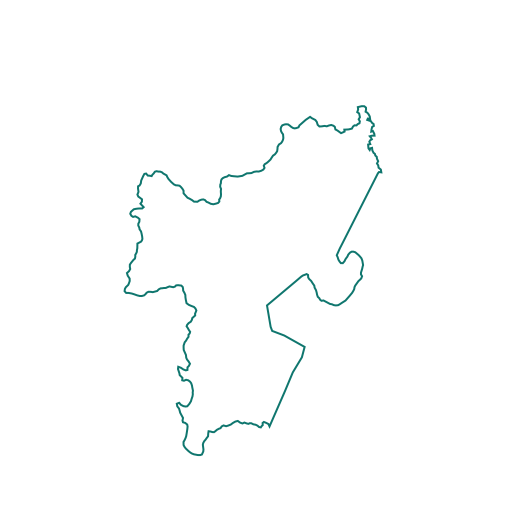 Umburanas, Bahia, Brazil (Natural Earth projection), rotated 318°
{"feature_id": "56859067B72375205404431", "entity_name": "Umburanas", "entity_type": "district", "adm_level": 2, "iso_a3": "BRA", "parent_name": "Brazil", "parent_adm1": "Bahia", "projection": "natural_earth1", "projection_center": [-41.256, -10.567], "detail": "fine", "context": "isolated", "style": "outline", "palette": "teal", "viewbox_px": 512, "rotation_deg": 318, "n_neighbors": 0, "source": "geoboundaries", "source_scale": "gbopen_adm2", "svg_char_len": 6129}
<svg xmlns="http://www.w3.org/2000/svg" viewBox="0 0 512 512"><g transform="rotate(318 256 256)"><path d="M233.3,126.3L231.9,126.8L230.8,125.3L229.4,123.8L229.5,121.2L228.0,120.3L225.7,121.1L223.9,121.9L221.2,123.1L218.9,125.0L216.6,125.7L215.0,125.3L213.4,127.0L211.6,129.7L209.0,131.0L208.3,133.0L208.7,134.9L209.2,137.6L207.5,139.3L205.1,139.8L205.2,144.5L203.2,144.5L201.3,142.8L199.8,141.6L198.0,140.4L196.4,139.5L192.6,139.5L190.8,140.5L190.3,142.8L190.8,144.7L192.8,145.7L193.9,148.6L194.1,150.7L192.2,152.5L190.1,153.3L188.9,154.6L188.3,156.7L187.3,158.4L187.0,160.8L185.9,162.9L184.4,165.4L183.0,167.3L181.6,168.1L180.1,168.4L176.2,167.4L173.0,170.8L171.4,172.0L170.2,173.2L168.6,173.9L167.0,174.4L165.8,175.8L164.3,176.9L162.3,176.9L158.5,177.5L156.5,178.0L154.9,179.7L153.8,181.5L151.5,182.3L148.7,182.3L147.5,184.8L147.0,188.2L145.4,190.1L143.2,191.3L141.7,192.0L138.4,192.1L136.6,192.7L134.8,194.2L134.8,196.6L136.7,198.3L138.6,200.8L140.0,203.2L141.4,205.8L142.9,208.0L144.3,209.3L146.5,210.4L148.6,210.4L150.1,210.1L152.1,210.6L153.9,212.3L155.1,213.8L159.2,215.9L161.3,215.7L163.4,216.2L164.7,217.2L166.2,218.2L167.6,219.4L169.2,219.9L171.3,220.7L173.6,223.8L175.2,224.5L177.0,224.4L178.6,225.6L180.7,228.0L180.8,230.0L180.0,231.4L178.7,233.0L178.2,235.4L177.4,237.7L175.9,239.5L174.4,241.8L172.8,244.6L173.4,247.4L174.7,250.2L175.8,252.3L175.9,254.4L175.2,256.6L173.6,257.4L172.1,258.1L171.0,259.5L169.0,259.5L167.1,259.5L165.7,260.5L163.6,261.2L161.0,260.8L158.7,261.1L157.4,261.8L157.1,263.9L156.6,266.0L156.3,268.3L154.8,269.2L153.2,269.3L151.8,270.9L149.4,271.4L147.4,272.1L145.3,272.4L143.9,273.2L142.3,274.1L141.1,275.4L139.4,277.5L137.7,282.7L136.1,284.9L135.5,286.7L135.3,289.5L134.8,291.9L132.5,292.8L130.6,292.9L128.8,294.8L127.3,294.0L126.1,291.7L125.4,288.8L124.1,286.3L122.4,287.8L120.6,291.9L119.6,293.5L119.7,295.3L119.8,297.3L118.0,299.0L119.0,300.5L121.2,301.2L122.5,303.1L122.9,305.3L122.7,307.2L121.7,309.5L120.9,310.7L119.9,312.4L119.0,313.9L117.6,315.1L116.6,316.4L114.9,317.8L112.4,319.2L110.5,320.4L107.5,321.3L104.4,321.7L103.0,320.8L101.6,319.0L100.6,316.3L100.7,313.7L98.3,312.8L96.9,315.1L96.7,317.9L95.6,320.2L94.8,321.7L94.1,324.5L93.4,327.5L91.3,329.1L90.5,330.7L91.7,332.7L92.1,335.2L91.1,336.9L89.0,338.8L85.7,341.5L83.4,343.3L81.5,344.3L79.6,345.1L77.7,345.7L75.7,348.0L75.2,349.8L75.0,352.1L75.3,355.9L75.7,358.2L76.2,359.9L77.2,361.9L78.3,363.3L79.5,364.9L81.3,366.6L83.0,367.3L86.0,366.0L87.5,364.6L90.2,360.7L91.6,359.7L93.5,359.0L95.8,358.7L97.4,358.3L99.7,357.9L102.0,355.7L103.5,354.5L104.9,356.2L105.7,357.6L106.9,358.8L108.5,359.0L110.6,359.0L113.0,359.6L114.4,360.2L116.5,359.7L118.5,360.2L119.9,362.5L121.8,363.4L124.5,364.4L127.0,364.6L129.8,365.2L132.1,366.4L132.7,369.2L133.9,371.4L135.9,372.0L137.1,374.3L138.1,375.7L139.5,376.1L140.6,377.2L141.4,379.3L142.8,381.1L143.6,383.1L143.8,385.1L144.9,386.6L146.3,386.2L147.8,386.2L149.2,384.5L150.8,384.6L151.9,386.8L152.8,389.2L152.0,391.7L187.1,375.8L205.5,367.1L222.3,362.0L231.3,356.1L223.8,334.0L217.9,322.5L219.5,318.4L231.1,300.1L268.2,301.4L275.9,301.6L277.9,301.9L280.1,302.8L281.5,303.3L282.0,304.9L280.4,306.9L280.1,308.8L280.3,311.5L279.8,314.4L279.5,317.0L278.4,318.7L277.7,321.6L276.6,323.8L275.5,325.6L274.6,327.7L274.8,329.7L274.4,331.4L274.7,333.1L276.4,334.2L277.9,338.3L278.9,341.1L280.2,342.8L280.9,344.5L282.2,346.1L284.1,347.5L285.8,347.9L288.6,348.3L292.7,349.0L298.7,348.3L302.8,347.7L305.4,346.9L307.0,346.2L308.3,345.1L309.9,344.4L313.5,343.6L315.3,343.2L317.2,343.2L319.2,343.1L321.3,342.0L321.7,339.9L322.9,338.6L326.4,336.5L328.2,335.2L329.5,334.4L331.9,330.6L332.8,328.3L332.9,326.3L332.9,324.1L332.3,319.7L331.3,318.0L330.0,316.8L328.1,316.4L325.5,316.7L323.5,317.6L321.9,317.9L320.2,318.3L318.3,319.1L315.7,319.4L314.3,318.1L314.4,316.0L314.8,313.9L315.9,311.5L316.5,309.5L323.5,306.4L328.0,304.7L402.0,276.1L403.6,275.9L405.1,277.7L406.6,275.3L406.2,272.4L407.5,270.4L407.8,268.2L410.2,267.3L411.0,264.6L412.1,263.1L411.9,261.2L412.7,259.7L412.4,258.0L413.1,255.4L414.6,253.3L413.0,252.5L411.4,253.3L411.6,251.3L412.6,249.9L413.9,248.2L415.8,249.3L416.7,246.9L418.3,246.4L420.2,246.8L420.6,245.1L420.7,243.2L422.7,244.2L424.6,245.9L425.7,244.3L426.5,241.3L424.9,240.7L426.6,239.2L428.7,237.8L430.6,238.2L431.7,236.6L431.3,234.6L431.6,232.7L429.7,229.3L431.1,228.7L432.5,230.5L433.9,228.4L434.5,226.1L434.6,224.0L434.0,222.1L435.9,220.7L437.0,219.3L436.7,217.2L434.8,215.4L431.3,213.5L430.1,215.3L428.9,216.1L427.5,216.8L428.0,219.1L426.1,222.4L423.8,223.1L423.3,225.4L421.7,226.6L419.7,226.0L418.1,226.2L416.6,224.8L414.7,224.7L412.5,225.5L409.7,224.0L408.0,222.7L406.2,221.2L405.1,222.8L403.4,222.3L401.4,221.6L400.5,217.3L399.7,215.1L401.0,212.7L400.7,211.0L399.6,209.0L397.5,207.8L395.4,207.0L394.0,205.2L391.7,203.7L389.8,202.2L389.6,199.8L390.9,197.0L391.1,194.6L389.7,190.9L389.3,188.8L384.1,188.1L375.7,188.0L373.7,188.8L371.5,187.9L370.1,187.0L369.2,185.7L368.6,183.7L368.4,182.0L367.9,179.7L366.5,178.2L365.1,177.3L363.0,176.5L361.2,176.9L359.3,178.1L358.2,179.9L357.7,181.7L357.5,183.7L355.3,186.6L354.0,187.6L352.0,188.5L350.1,188.9L347.7,188.5L345.0,189.4L343.5,190.9L341.8,192.3L339.9,192.8L338.0,193.1L335.8,192.8L333.4,193.4L331.4,194.0L329.0,194.1L326.9,194.1L325.3,193.9L323.9,193.6L322.2,194.1L321.3,196.2L319.3,196.7L317.0,196.2L314.6,195.1L312.8,193.4L310.8,192.1L308.1,191.3L306.0,189.7L304.6,188.5L302.1,187.9L299.5,187.3L295.5,184.7L292.8,181.8L291.2,180.0L290.0,177.8L287.7,177.6L285.3,176.4L283.3,175.9L281.6,176.0L280.1,176.9L278.6,178.4L277.2,179.1L275.7,180.6L274.9,182.8L273.4,184.1L272.3,185.4L271.3,186.7L269.7,188.2L267.9,189.1L266.4,189.4L265.2,191.0L263.3,191.2L261.3,190.3L258.9,189.0L257.3,186.9L256.4,184.4L255.5,182.7L255.5,180.3L254.7,178.7L253.1,177.6L251.0,176.8L248.8,176.5L246.3,174.1L245.9,171.8L245.0,169.0L244.1,166.9L244.1,165.1L244.1,161.0L245.9,158.9L246.3,156.8L246.4,154.5L246.2,152.6L245.1,151.2L243.7,149.8L242.9,147.9L242.7,146.0L242.5,144.2L242.5,140.2L242.9,138.0L243.5,136.2L242.3,132.7L242.1,130.8L241.2,129.1L239.9,127.9L238.8,126.4L237.2,125.7L235.2,126.2L233.3,126.3Z" fill="none" stroke="#0f766e" stroke-width="2"/></g></svg>